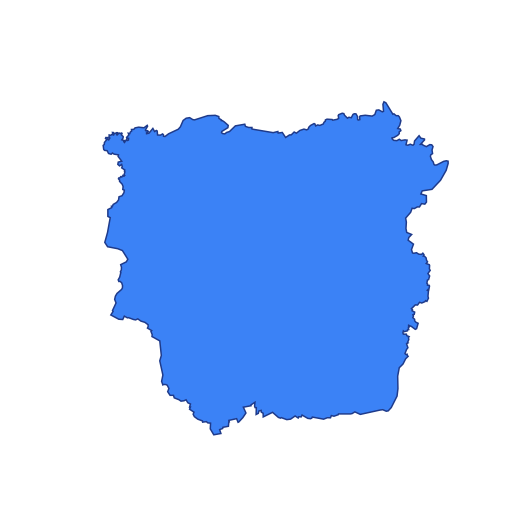 outline of Bang Rakam, Phitsanulok, Thailand, rotated 286°
{"feature_id": "78962969B65860849823906", "entity_name": "Bang Rakam", "entity_type": "district", "adm_level": 2, "iso_a3": "THA", "parent_name": "Thailand", "parent_adm1": "Phitsanulok", "projection": "albers", "projection_center": [100.075, 16.744], "detail": "fine", "context": "isolated", "style": "filled", "palette": "blue", "viewbox_px": 512, "rotation_deg": 286, "n_neighbors": 0, "source": "geoboundaries", "source_scale": "gbopen_adm2", "svg_char_len": 6087}
<svg xmlns="http://www.w3.org/2000/svg" viewBox="0 0 512 512"><g transform="rotate(286 256 256)"><path d="M326.8,80.5L323.4,79.0L321.4,79.4L320.2,78.6L316.5,80.2L315.8,81.3L316.2,83.9L313.9,86.0L313.9,88.7L315.4,89.6L314.8,91.4L315.3,95.9L313.7,96.0L310.1,100.8L308.3,97.7L306.0,97.9L305.0,100.0L307.0,101.6L305.0,102.8L303.7,102.6L302.5,106.2L301.3,106.1L300.8,106.8L298.0,106.8L297.4,107.4L297.0,106.2L296.3,106.8L296.1,105.6L294.9,105.2L295.0,104.1L293.6,103.6L293.1,102.5L292.3,102.5L291.3,104.0L290.1,104.3L288.1,107.6L286.1,109.1L283.2,109.6L283.0,111.3L280.5,111.6L277.0,110.6L275.2,108.0L271.9,108.4L269.0,107.2L266.2,104.5L264.4,104.3L264.0,103.3L262.8,104.0L259.8,100.8L253.2,102.7L252.7,105.3L237.7,106.8L227.4,106.9L224.0,110.8L224.9,121.1L224.4,126.1L217.6,133.7L214.6,132.9L210.4,128.3L208.1,129.8L205.5,130.4L203.4,130.0L202.9,130.6L198.1,130.8L195.1,130.1L193.7,131.2L194.1,132.4L193.2,134.3L190.7,135.9L188.3,136.4L186.8,136.0L181.7,132.7L178.6,131.9L175.3,132.1L172.3,134.4L164.0,133.1L163.4,133.9L159.3,132.7L157.4,141.5L158.2,145.4L161.9,146.0L161.1,149.4L161.6,150.5L161.2,155.7L161.4,157.9L163.0,159.7L161.7,163.3L161.6,167.5L160.2,171.2L158.4,171.8L156.8,171.5L155.5,176.3L154.5,175.8L151.8,177.9L149.9,178.2L147.9,186.9L134.3,192.4L128.7,192.4L115.9,199.3L109.5,199.8L106.4,202.0L107.1,202.7L107.6,204.9L107.3,206.3L104.6,208.8L101.2,208.5L98.4,211.8L99.3,215.1L97.1,216.5L96.6,221.7L95.8,223.9L97.0,226.7L98.5,228.4L96.1,231.0L95.7,233.8L92.5,233.8L92.7,234.6L90.4,234.4L88.8,239.4L86.6,239.2L84.6,241.0L83.1,245.0L82.7,250.0L81.6,250.5L83.1,254.0L82.3,255.6L82.8,258.4L77.2,259.7L72.5,264.7L75.7,271.2L79.1,268.9L81.0,271.5L82.2,271.4L84.7,276.4L89.0,275.6L89.2,276.0L90.5,275.2L94.3,282.2L91.2,284.6L91.7,285.2L97.0,287.9L102.3,289.6L107.2,285.5L110.7,292.5L111.5,292.2L115.1,295.3L111.3,296.0L110.0,296.9L110.3,298.1L103.7,299.8L105.4,301.6L107.8,301.5L109.0,303.5L107.4,304.1L106.8,306.2L103.3,307.3L110.3,315.0L107.0,322.0L106.9,324.2L107.6,324.8L107.2,330.7L108.7,334.2L113.0,337.7L111.9,341.2L113.3,341.4L113.8,343.8L115.8,344.1L114.2,350.5L114.6,353.2L115.5,354.3L116.7,354.5L117.8,366.0L120.2,369.1L121.0,372.2L123.4,372.4L123.5,375.1L126.1,378.8L126.9,378.8L130.2,390.2L131.0,391.8L133.4,394.0L132.5,399.9L142.0,417.5L143.2,420.2L142.7,424.0L143.6,425.8L147.6,427.8L160.2,430.2L167.6,429.0L179.6,425.3L188.1,424.5L192.7,427.1L198.5,428.2L201.5,429.9L202.4,428.5L203.2,428.4L202.7,427.0L203.3,426.1L207.7,426.5L209.7,427.3L213.1,424.9L214.4,426.1L214.6,425.5L217.8,425.9L219.7,425.0L220.7,425.4L221.0,422.9L222.3,422.1L221.5,419.2L222.6,418.4L224.6,418.3L224.1,419.3L225.8,422.2L226.8,422.0L227.4,423.1L228.9,422.2L230.0,422.8L230.5,422.0L231.5,421.8L231.1,424.9L229.4,429.3L230.4,430.4L236.0,430.4L236.4,428.0L237.4,426.4L238.9,425.9L240.0,423.7L241.7,423.9L242.7,423.0L243.6,424.2L245.8,424.0L246.4,421.1L247.5,421.2L248.2,419.9L252.9,422.6L253.4,424.8L256.6,426.0L256.5,428.3L258.7,431.0L259.8,431.3L259.5,432.8L263.0,433.4L264.7,432.4L270.0,431.4L270.3,430.1L271.4,430.7L271.2,431.4L274.8,431.1L275.5,430.7L275.2,428.9L276.4,428.6L276.8,427.8L280.1,427.4L280.9,428.4L284.7,428.4L286.5,426.1L290.2,427.4L291.4,426.2L294.7,425.5L295.4,425.0L295.7,421.7L297.7,422.5L298.9,421.1L301.1,420.0L302.3,417.9L302.0,416.9L303.6,417.1L304.7,415.6L303.2,414.7L302.6,412.0L303.4,409.4L302.1,406.9L302.1,405.6L305.0,403.7L310.8,404.1L313.1,397.9L315.9,397.8L319.6,399.7L320.2,394.4L323.7,392.6L330.0,391.2L333.7,389.4L340.6,392.6L344.9,392.9L345.2,395.1L347.7,397.6L348.2,399.6L352.0,400.7L352.4,404.0L354.8,405.0L361.0,403.1L361.1,397.4L364.4,397.8L368.6,406.8L379.7,412.5L390.8,415.2L397.9,415.2L400.1,414.5L400.0,412.7L398.7,410.3L393.4,404.7L392.7,402.9L393.0,401.9L395.3,400.4L397.1,398.0L399.8,396.2L401.4,396.1L403.1,397.5L406.4,396.0L410.0,396.0L411.3,394.3L411.0,392.4L408.1,389.6L408.6,386.0L409.2,385.3L408.6,383.3L414.0,386.0L414.9,385.7L414.7,382.0L416.6,379.6L410.3,376.7L407.0,377.1L405.7,376.3L406.0,373.5L404.3,371.4L404.3,369.5L409.0,369.3L408.7,367.2L407.0,363.7L407.7,361.6L405.7,359.6L405.1,356.4L406.2,354.5L407.1,354.2L407.9,355.9L411.0,358.9L413.1,360.0L414.7,359.4L416.4,360.7L417.8,359.7L417.6,357.1L421.3,358.1L426.0,358.0L429.2,355.5L430.1,354.0L429.5,352.0L430.7,349.4L430.0,348.5L439.1,338.6L439.5,336.5L436.8,336.2L430.2,338.7L429.4,337.7L430.3,333.8L429.3,331.5L424.7,331.2L422.5,329.1L421.4,322.2L419.4,317.6L418.5,317.2L415.7,318.2L414.9,316.9L415.1,316.1L418.1,315.1L420.2,312.9L419.8,311.2L418.8,310.2L415.2,309.5L415.0,307.1L413.7,305.9L415.7,302.3L417.1,301.2L417.0,299.5L414.7,296.6L413.7,296.3L411.1,297.5L409.8,296.4L407.7,292.3L408.2,291.6L407.1,286.5L405.9,285.2L404.5,285.4L403.3,284.5L401.5,284.3L399.1,281.4L399.0,279.2L397.5,277.5L399.2,276.2L399.3,275.3L396.5,272.4L394.2,271.2L392.7,271.3L391.2,270.0L391.2,267.1L388.8,263.6L385.2,261.0L385.7,258.5L382.2,256.5L381.6,254.8L378.1,251.8L382.0,247.2L380.3,243.4L381.7,242.7L379.3,238.5L377.0,218.0L377.1,216.9L378.4,216.7L377.5,213.3L377.7,210.1L379.6,208.9L375.4,200.3L368.3,196.2L366.6,193.6L364.8,192.4L364.5,190.3L365.0,188.9L366.3,188.8L371.6,193.6L373.9,193.3L376.1,188.7L376.9,186.3L376.6,185.3L377.4,185.0L378.0,182.5L379.8,181.8L380.0,178.1L377.6,170.9L369.9,159.4L369.7,157.6L370.7,154.1L369.2,150.9L366.2,148.6L359.3,147.7L356.4,146.3L349.4,138.3L345.8,135.6L345.6,134.1L346.9,133.7L347.6,132.6L345.8,130.7L345.2,128.0L348.9,126.6L349.2,125.6L347.7,124.2L350.2,121.7L344.5,119.2L343.4,117.1L344.2,116.8L346.0,118.1L346.6,117.3L346.0,115.7L346.5,115.0L350.9,116.0L351.6,115.4L348.4,113.0L347.5,107.7L345.8,104.4L344.0,103.6L343.3,101.4L341.7,102.0L340.7,101.1L338.8,100.9L338.8,99.4L337.2,100.4L334.3,98.9L333.7,99.3L334.0,101.1L332.2,101.4L331.5,100.4L332.6,99.5L328.9,98.3L329.5,97.3L330.7,97.4L330.7,95.0L332.9,95.7L334.2,95.4L335.3,93.2L336.8,93.5L337.2,93.0L336.4,91.8L336.5,90.5L334.0,89.1L334.4,88.6L336.3,88.7L336.1,87.9L334.4,86.3L335.4,85.0L335.2,84.0L333.1,85.4L333.1,83.8L331.9,83.1L331.9,81.5L329.8,82.0L329.1,83.0L327.0,82.4L327.2,81.6L329.0,80.9L328.5,79.0L327.5,78.9L326.8,80.5Z" fill="#3b82f6" stroke="#1e3a8a" stroke-width="1.5"/></g></svg>